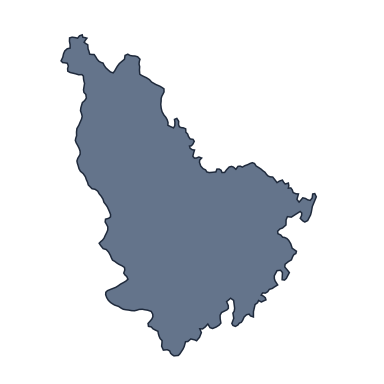 Abadia dos Dourados, Minas Gerais, Brazil (Robinson projection), rotated 177°
{"feature_id": "56859067B68751395619668", "entity_name": "Abadia dos Dourados", "entity_type": "district", "adm_level": 2, "iso_a3": "BRA", "parent_name": "Brazil", "parent_adm1": "Minas Gerais", "projection": "robinson", "projection_center": [-47.46, -18.373], "detail": "fine", "context": "isolated", "style": "filled", "palette": "slate", "viewbox_px": 384, "rotation_deg": 177, "n_neighbors": 0, "source": "geoboundaries", "source_scale": "gbopen_adm2", "svg_char_len": 5123}
<svg xmlns="http://www.w3.org/2000/svg" viewBox="0 0 384 384"><g transform="rotate(177 192 192)"><path d="M228.9,35.6L225.0,35.8L222.6,34.5L221.8,32.1L220.3,30.5L218.6,29.3L214.2,29.5L212.5,31.1L209.2,35.6L207.9,38.0L206.3,42.8L204.0,42.9L200.9,45.3L197.1,44.2L195.2,43.2L192.1,46.5L190.0,51.1L191.4,55.0L188.6,54.7L185.9,56.5L183.1,59.3L181.1,55.6L178.6,54.6L174.9,55.9L171.8,57.7L170.0,59.6L170.5,64.0L170.4,67.5L168.8,70.1L163.3,72.5L161.8,73.9L161.7,76.6L163.2,80.7L159.0,83.9L156.1,81.6L155.5,73.6L156.1,70.7L157.5,68.9L156.9,63.7L159.1,58.6L158.1,56.6L155.7,55.5L153.1,56.8L151.7,58.5L149.6,59.3L148.2,61.1L146.5,64.4L143.9,66.6L141.3,67.0L140.1,65.2L137.2,64.0L136.9,69.3L134.9,76.3L132.3,78.0L131.2,80.2L128.5,78.5L126.2,79.5L123.8,80.4L124.3,82.5L126.1,84.3L128.3,85.4L126.8,87.5L124.0,87.2L121.7,88.4L119.9,90.7L116.8,91.5L115.1,92.6L111.3,94.7L113.7,98.9L114.3,101.2L114.2,104.0L111.2,109.0L107.7,109.2L105.9,106.8L106.6,99.7L104.2,99.2L102.3,100.8L100.8,103.4L99.0,106.4L100.3,108.3L103.3,112.3L102.8,115.0L99.3,117.5L96.3,119.0L94.8,122.3L93.5,124.2L91.5,125.1L90.8,127.4L94.9,130.6L96.1,135.1L98.0,138.7L99.7,140.6L102.0,141.8L103.9,142.1L105.6,144.4L108.4,145.9L108.5,148.4L106.1,150.5L103.5,151.3L101.7,152.7L99.9,154.1L99.5,159.3L98.0,162.4L94.1,161.7L91.0,163.5L85.0,166.9L83.5,165.3L83.8,162.8L85.3,160.0L82.8,157.3L80.9,156.1L78.0,157.4L74.8,162.9L73.9,165.7L72.6,171.2L68.1,180.7L69.5,184.0L71.6,183.7L72.3,179.8L74.4,177.4L77.0,178.2L79.0,179.6L81.7,180.4L83.5,178.4L85.6,176.3L87.6,179.1L86.6,182.1L85.8,184.5L88.3,184.8L91.0,186.1L91.8,188.9L93.1,190.9L95.6,190.8L95.0,193.2L95.3,195.9L98.5,195.1L99.9,196.8L101.1,199.2L104.2,198.3L106.6,196.9L108.4,199.6L110.6,202.7L113.3,203.1L115.2,204.0L116.6,205.6L118.1,207.9L120.1,209.5L121.8,211.2L124.1,212.9L126.6,214.6L128.1,217.2L130.2,218.1L132.4,217.5L134.9,216.4L137.9,215.5L140.4,214.2L142.5,215.3L144.7,215.2L147.0,212.4L149.3,214.7L151.2,215.5L153.6,215.0L156.3,212.4L158.4,209.8L161.1,209.9L161.8,212.2L163.7,213.5L165.9,213.6L167.1,210.8L170.6,210.6L173.7,210.5L176.1,211.2L177.3,213.4L179.7,214.7L181.9,217.4L183.0,221.2L182.7,223.4L180.6,225.4L183.3,226.6L185.7,225.7L187.8,225.7L189.3,227.6L188.2,231.3L187.3,233.8L189.6,234.2L191.6,235.8L192.1,238.0L190.2,238.2L188.6,239.8L187.1,242.5L188.2,244.5L191.1,245.1L192.7,247.8L193.3,250.1L195.0,252.0L195.0,255.4L197.2,256.5L199.5,256.9L201.2,257.8L201.9,260.1L201.6,263.3L203.3,266.3L205.7,265.4L205.4,262.4L205.7,259.1L207.1,257.0L210.0,258.4L212.6,259.9L212.3,262.6L213.0,265.4L214.2,267.9L216.0,270.3L217.7,273.8L218.4,277.4L218.6,281.2L218.1,284.3L217.9,287.1L217.1,289.3L216.0,291.1L214.7,293.4L214.6,296.5L216.7,298.1L218.5,299.3L220.5,300.3L222.4,301.2L224.4,302.5L226.6,303.9L228.6,306.4L231.5,308.5L234.0,309.8L236.3,311.1L238.0,312.4L238.1,316.6L237.7,319.9L238.2,322.5L237.8,325.0L237.0,327.3L239.2,329.9L241.9,330.8L244.1,331.0L246.8,331.6L248.9,333.0L251.7,331.9L252.5,328.1L255.6,325.8L257.8,324.1L260.1,321.3L261.8,318.7L262.9,316.9L264.5,315.1L267.1,316.1L269.3,318.2L271.6,320.6L273.1,323.0L274.1,325.4L276.2,326.2L278.2,327.5L279.9,329.7L281.0,331.9L282.5,334.4L284.9,334.6L287.0,335.0L287.6,338.2L288.3,340.3L288.4,344.5L290.1,345.6L291.9,347.2L290.5,349.2L288.9,351.1L290.8,351.8L292.9,352.2L293.4,354.7L296.1,353.9L298.2,351.6L300.5,352.3L303.6,352.9L306.2,352.3L306.5,348.9L306.0,345.5L306.2,342.1L309.1,341.6L311.6,339.6L313.0,336.9L314.0,333.3L315.9,329.8L314.4,328.0L312.3,327.7L309.8,327.1L308.9,324.2L309.8,321.6L309.7,319.1L307.4,317.7L304.3,316.8L301.7,316.0L299.0,315.0L295.8,315.0L294.4,313.4L294.4,310.5L294.1,308.3L293.6,306.1L294.3,302.9L295.0,299.7L294.7,297.1L292.9,295.0L292.6,291.3L294.4,288.9L296.8,287.0L297.7,284.5L298.6,281.8L299.1,279.0L298.2,276.0L297.7,273.3L298.5,270.6L300.1,267.5L301.5,264.6L303.6,261.4L304.2,258.0L304.3,254.2L305.3,251.7L305.8,249.6L305.1,247.2L303.6,244.2L302.4,241.4L301.6,238.6L301.7,235.6L302.8,233.8L304.3,231.6L305.3,229.0L305.0,226.8L304.3,224.2L303.6,221.1L302.3,218.5L299.7,216.1L297.7,212.8L296.8,209.7L295.8,207.2L295.2,204.5L293.6,202.7L291.7,200.5L288.7,199.8L286.1,197.8L284.8,195.1L282.8,192.4L281.2,189.4L280.5,186.4L278.9,184.1L277.4,181.7L276.6,179.7L275.6,177.1L274.5,173.8L274.7,171.4L276.6,170.1L279.8,169.4L280.3,166.6L279.0,164.0L277.9,161.6L278.1,158.5L279.4,155.8L281.1,152.8L282.3,150.4L284.0,148.5L285.5,147.4L287.4,145.7L285.8,143.0L283.7,140.1L280.6,139.0L278.4,136.3L276.8,133.0L275.9,130.3L274.9,128.1L272.7,126.7L271.0,125.2L268.9,123.7L265.8,122.0L263.4,120.2L263.2,117.6L264.4,114.6L263.3,112.7L261.6,111.0L260.5,108.3L262.8,106.4L265.3,105.1L268.1,103.8L270.4,102.3L273.1,100.8L275.8,99.9L278.8,98.9L281.6,97.9L283.3,96.4L283.6,94.0L282.7,91.0L281.2,88.2L279.1,85.9L277.1,84.4L275.3,83.2L273.6,82.5L271.3,81.6L268.8,79.7L266.8,78.5L264.3,77.9L261.4,77.4L258.6,76.7L255.7,76.4L253.5,76.8L250.9,77.5L247.7,77.5L245.4,76.9L242.5,76.3L239.0,74.9L237.6,72.0L237.6,69.5L238.7,67.3L240.7,65.1L242.8,63.0L242.5,60.1L239.7,59.4L238.1,57.4L235.8,56.0L233.3,54.7L233.0,52.2L232.4,49.7L231.5,47.3L229.7,45.2L229.9,42.8L230.4,39.6L228.9,35.6Z" fill="#64748b" stroke="#1e293b" stroke-width="1.5"/></g></svg>